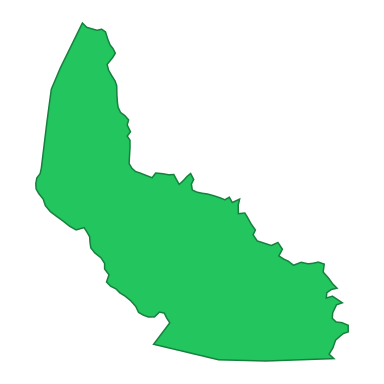 Treze Tílias, Santa Catarina, Brazil
{"feature_id": "56859067B72838427404222", "entity_name": "Treze Tílias", "entity_type": "district", "adm_level": 2, "iso_a3": "BRA", "parent_name": "Brazil", "parent_adm1": "Santa Catarina", "projection": "albers", "projection_center": [-51.444, -26.941], "detail": "fine", "context": "isolated", "style": "filled", "palette": "green", "viewbox_px": 384, "rotation_deg": 0, "n_neighbors": 0, "source": "geoboundaries", "source_scale": "gbopen_adm2", "svg_char_len": 1826}
<svg xmlns="http://www.w3.org/2000/svg" viewBox="0 0 384 384"><path d="M153.6,344.3L218.7,359.8L266.0,361.0L333.9,358.6L329.1,354.2L332.9,347.9L335.6,340.1L339.8,336.4L343.4,333.5L348.2,331.9L348.2,325.3L341.8,322.6L336.1,322.0L332.3,318.3L332.7,312.8L336.5,304.8L342.3,302.8L336.8,299.1L332.5,296.2L326.3,298.0L326.8,292.7L331.4,289.5L337.0,288.2L332.5,283.7L328.7,278.3L323.2,272.1L324.2,264.1L318.3,262.1L312.9,263.3L308.0,263.8L301.2,262.3L293.5,265.2L288.3,261.2L283.8,259.1L278.8,255.9L282.4,249.2L277.9,242.5L271.2,245.5L263.1,242.8L257.2,240.9L253.1,234.8L255.4,230.0L251.2,224.1L247.4,217.2L244.8,213.0L238.4,213.7L238.2,205.2L239.6,199.1L232.3,202.5L229.3,197.2L224.9,199.8L220.6,198.0L214.0,195.8L207.5,194.0L201.8,193.2L196.8,192.1L192.3,190.0L191.4,184.1L193.7,179.5L190.6,173.5L187.1,176.4L183.5,180.4L179.2,184.4L176.6,179.8L173.8,174.5L168.8,174.8L162.6,173.7L155.7,173.0L152.1,177.7L146.6,175.6L139.8,172.9L135.5,171.5L132.0,168.4L129.1,163.6L129.5,156.1L130.0,147.5L130.0,140.3L127.2,136.1L130.5,131.8L127.2,125.0L128.6,119.9L125.0,115.8L120.5,112.4L118.1,107.3L117.4,102.3L116.9,95.0L116.7,85.7L115.0,80.9L111.5,75.3L108.6,70.2L107.1,64.4L112.6,57.7L115.3,53.2L113.0,48.6L110.0,44.8L107.7,39.0L105.5,31.9L101.6,29.2L97.1,30.3L92.2,28.9L86.7,27.3L82.4,23.0L60.5,67.6L51.3,89.3L48.4,110.8L46.8,123.0L41.3,168.4L40.1,173.7L36.8,178.0L35.8,183.6L36.1,188.9L38.7,193.5L43.2,199.1L45.4,205.7L50.4,211.7L56.9,216.6L63.5,221.4L69.7,226.3L76.1,229.9L84.1,227.6L87.3,232.6L89.6,236.7L90.1,243.0L90.8,247.9L94.9,253.0L101.0,257.8L104.6,263.4L104.6,269.0L109.0,274.8L106.5,282.0L110.6,286.2L116.0,288.9L119.9,292.9L125.1,296.1L130.7,300.7L135.8,306.5L138.6,312.4L143.3,315.1L148.3,317.0L154.5,316.9L159.5,312.1L164.3,313.1L166.8,318.2L169.8,322.8L153.6,344.3Z" fill="#22c55e" stroke="#15803d" stroke-width="1.5"/></svg>